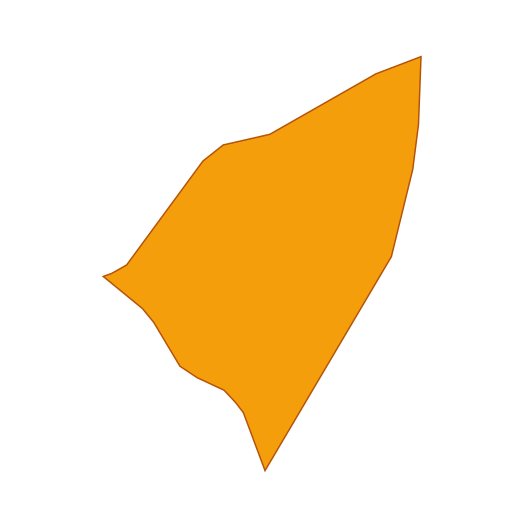 Bissau, Natural Earth projection, rotated 185°
{"feature_id": "GNB-769", "entity_name": "Bissau", "entity_type": "Autonomous Sector", "adm_level": 1, "iso_a3": "GNB", "parent_name": "Guinea-Bissau", "parent_adm1": "", "projection": "natural_earth1", "projection_center": [-15.605, 11.885], "detail": "fine", "context": "isolated", "style": "filled", "palette": "amber", "viewbox_px": 512, "rotation_deg": 185, "n_neighbors": 0, "source": "natural_earth", "source_scale": "10m", "svg_char_len": 409}
<svg xmlns="http://www.w3.org/2000/svg" viewBox="0 0 512 512"><g transform="rotate(185 256 256)"><path d="M406.4,222.3L398.2,226.1L384.1,235.8L317.1,346.0L298.3,363.8L252.9,378.4L152.3,448.0L109.0,469.0L105.6,401.2L107.4,355.9L121.1,267.1L228.3,43.0L254.9,98.8L263.6,108.3L276.1,119.5L303.9,129.6L322.1,139.5L352.1,181.0L364.6,193.8L406.4,222.3Z" fill="#f59e0b" stroke="#b45309" stroke-width="1.5"/></g></svg>